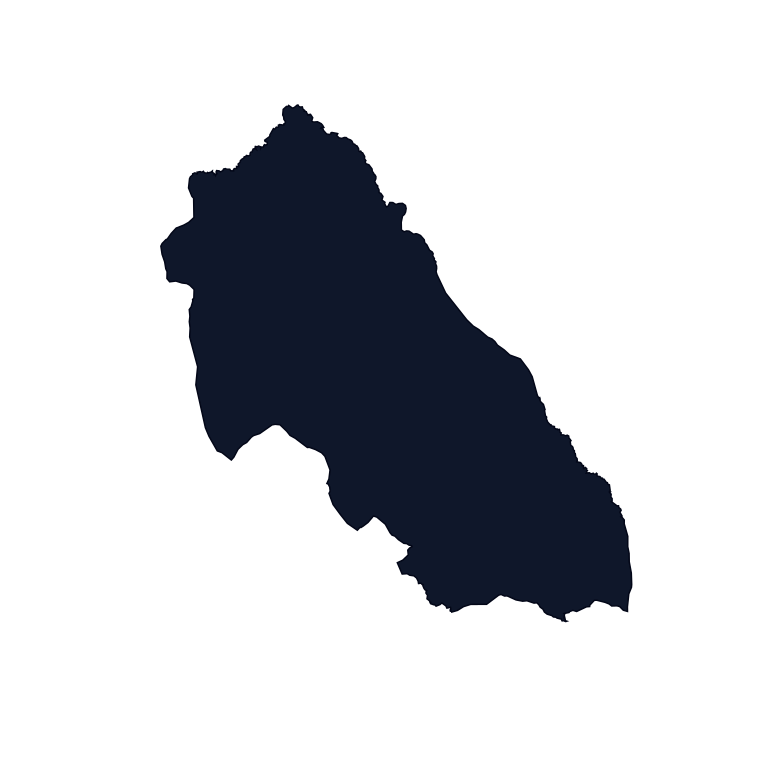 Jirapa, Upper West, Ghana (Albers equal-area conic projection), rotated 251°
{"feature_id": "2480657B21686152565613", "entity_name": "Jirapa", "entity_type": "district", "adm_level": 2, "iso_a3": "GHA", "parent_name": "Ghana", "parent_adm1": "Upper West", "projection": "albers", "projection_center": [-2.598, 10.589], "detail": "fine", "context": "isolated", "style": "filled", "palette": "ink", "viewbox_px": 768, "rotation_deg": 251, "n_neighbors": 0, "source": "geoboundaries", "source_scale": "gbopen_adm2", "svg_char_len": 6166}
<svg xmlns="http://www.w3.org/2000/svg" viewBox="0 0 768 768"><g transform="rotate(251 384 384)"><path d="M554.4,213.1L550.4,214.6L549.1,220.7L545.3,225.9L543.2,230.2L540.7,232.5L535.2,235.2L527.2,232.2L526.2,230.5L524.8,230.3L519.6,226.7L517.8,224.1L511.2,222.5L506.3,220.2L500.0,218.9L491.8,215.6L461.0,213.4L444.4,205.8L400.8,200.9L391.5,201.5L375.0,204.6L371.9,208.4L361.8,214.9L363.7,218.2L369.8,224.7L372.6,230.7L373.4,235.1L376.9,241.2L377.7,243.9L377.6,250.3L381.8,264.9L381.3,268.0L379.3,272.4L370.9,276.7L366.0,278.4L361.7,282.3L348.9,290.9L348.4,292.8L344.3,297.9L339.3,302.6L334.8,304.6L320.3,305.0L312.1,301.0L308.5,297.6L307.5,298.7L304.2,299.1L300.2,298.2L298.5,296.4L286.6,296.6L275.0,300.2L264.2,304.0L254.4,311.2L256.3,314.6L255.8,315.4L256.4,318.0L258.3,323.8L262.6,331.0L260.6,333.8L251.0,339.6L241.4,341.3L238.5,342.4L236.7,344.7L232.1,347.0L226.9,350.9L225.6,353.6L223.5,355.2L222.1,357.5L221.0,357.5L220.6,354.8L219.2,352.4L214.5,351.3L211.3,344.3L210.7,338.4L198.4,339.3L197.1,344.2L194.8,346.1L192.9,349.8L190.0,351.6L186.5,352.1L184.1,351.7L183.6,354.2L182.0,354.8L181.6,355.7L180.6,355.1L177.6,355.3L175.8,355.9L174.8,357.2L173.7,356.0L172.4,355.6L170.1,356.4L166.9,354.7L164.3,356.4L162.2,356.4L162.2,357.1L161.0,356.7L159.1,359.1L159.2,359.8L157.0,360.9L157.2,365.1L158.1,367.4L154.0,370.3L151.6,370.5L151.2,374.2L149.3,373.9L148.8,372.9L147.6,372.8L147.1,373.9L146.3,373.8L146.0,379.8L147.6,386.7L147.4,394.2L142.3,409.3L147.0,423.7L146.9,426.2L144.3,428.9L143.6,431.4L136.9,438.5L133.5,444.4L132.5,448.6L128.0,454.5L127.4,457.2L125.0,458.5L122.2,459.0L119.3,461.0L116.2,461.4L113.3,463.3L110.4,467.3L108.6,468.3L107.6,470.5L106.3,471.4L104.0,475.0L102.0,475.3L101.9,476.5L100.2,478.5L100.2,479.7L101.1,478.5L103.6,478.8L104.2,478.0L104.8,479.0L105.4,478.6L107.5,479.8L108.4,479.4L107.7,484.5L108.4,485.5L108.5,488.9L106.2,492.1L107.4,503.0L106.6,506.0L107.9,506.6L111.0,512.5L110.2,514.9L105.6,521.9L102.7,525.3L100.0,527.0L98.4,532.1L96.8,534.4L92.2,536.6L89.7,540.2L94.0,541.6L105.8,547.1L111.2,551.8L113.7,552.9L124.8,556.3L136.1,558.0L144.1,560.6L150.8,561.5L160.6,564.9L173.6,565.6L177.2,566.9L180.4,565.7L181.3,564.8L181.7,566.1L186.0,565.3L187.2,567.0L188.6,567.1L190.8,565.8L192.5,566.1L192.9,564.7L198.8,560.7L199.1,561.6L201.5,562.4L203.1,561.7L205.9,562.9L208.0,562.0L208.3,563.0L209.2,562.3L209.7,563.2L215.3,564.3L216.6,562.9L218.0,563.1L218.8,562.1L222.3,561.1L222.7,559.9L223.7,559.9L223.5,559.2L226.2,558.0L227.4,555.7L229.0,555.7L229.5,556.3L230.5,555.8L229.9,554.7L230.4,553.3L231.5,552.8L231.6,550.5L233.2,549.3L233.9,546.4L234.3,547.0L235.3,547.0L236.0,548.1L236.7,547.4L238.1,548.1L239.7,547.0L238.8,545.7L239.1,545.0L241.9,546.0L242.3,544.6L243.5,545.0L245.7,544.3L247.7,540.9L248.6,541.8L250.6,542.3L252.5,541.5L256.0,542.2L256.9,541.6L259.0,542.3L260.2,541.6L262.2,542.0L263.6,541.8L265.1,540.6L268.8,541.3L269.6,542.4L272.9,541.3L274.7,541.7L276.0,540.5L275.8,539.1L277.5,537.0L278.2,534.8L280.2,535.6L280.9,534.8L284.0,535.1L284.4,533.2L285.0,533.2L285.6,531.8L287.0,530.8L288.3,531.3L290.2,528.2L290.9,528.7L291.7,527.7L294.7,526.4L298.2,526.2L299.8,527.0L301.4,526.3L306.8,527.2L307.3,527.9L312.8,528.1L316.1,526.4L318.6,526.1L318.8,526.7L320.5,526.8L320.5,525.8L323.2,525.3L342.7,526.5L350.5,525.2L363.3,521.1L370.5,512.3L377.0,508.8L383.8,503.9L388.0,502.7L391.4,500.8L394.6,497.3L404.6,491.4L409.7,487.2L417.9,483.1L449.9,471.9L470.1,469.7L473.1,469.8L476.1,471.4L478.4,472.1L481.0,471.9L482.7,472.9L484.9,471.8L486.2,472.5L489.3,471.8L491.2,472.9L493.1,472.6L495.7,470.6L501.7,469.8L504.3,468.5L507.3,469.0L512.5,466.9L514.8,464.6L515.7,463.2L516.0,460.7L520.4,457.4L521.4,455.2L521.4,452.6L524.0,450.6L531.4,453.0L536.8,456.2L537.7,458.5L539.6,460.4L542.8,462.1L545.9,462.4L548.8,460.3L549.8,456.8L549.9,453.7L552.7,451.4L553.5,449.3L553.7,448.6L550.9,445.8L550.6,444.2L551.6,443.7L554.3,443.3L555.5,444.1L558.6,441.9L561.7,444.1L565.2,443.1L566.6,441.7L569.4,442.5L572.0,442.0L573.3,442.6L575.4,441.5L578.5,441.1L580.7,443.1L582.8,443.9L585.0,443.4L585.7,442.6L586.4,442.9L588.9,442.2L591.3,442.7L596.2,441.1L598.2,438.6L600.2,438.5L601.1,439.6L603.3,438.9L605.4,439.8L609.6,439.0L610.1,438.2L611.8,437.8L611.7,436.7L612.4,436.1L615.1,436.6L617.9,436.0L618.9,434.8L620.3,434.3L620.8,433.1L624.0,432.8L625.6,431.9L627.6,429.5L629.3,428.5L630.0,426.8L630.0,424.0L631.4,421.6L634.5,420.2L635.7,421.8L636.1,421.4L638.8,416.6L638.8,415.7L637.8,415.1L637.7,413.6L639.1,411.1L643.6,409.3L645.2,409.4L646.2,407.4L647.0,408.4L646.3,410.6L648.6,410.2L650.6,409.4L653.6,406.5L654.6,402.7L655.5,401.6L656.6,401.5L659.0,403.3L660.2,403.0L662.9,402.3L663.1,401.3L662.5,400.8L663.0,399.5L663.6,399.9L664.7,399.2L666.7,399.2L667.8,397.4L668.4,398.1L670.4,396.8L672.6,397.0L673.3,394.6L674.8,393.5L675.5,393.7L676.0,392.8L674.7,389.3L674.6,387.3L678.3,384.6L677.7,384.2L678.2,382.1L676.5,378.1L671.3,375.8L669.4,376.1L666.8,375.5L664.0,376.2L662.4,374.9L662.5,373.9L661.4,373.5L663.3,369.8L663.1,368.4L661.5,368.1L661.2,367.5L661.9,365.8L660.5,363.6L661.5,362.6L656.7,357.2L655.3,356.6L653.4,350.6L652.1,350.5L650.6,352.3L648.5,351.6L648.4,349.8L649.2,349.2L648.9,348.2L647.3,347.2L647.9,345.4L647.0,344.2L648.3,344.7L649.8,342.9L649.6,341.3L650.5,339.7L649.9,339.2L647.5,339.5L648.6,338.6L648.8,336.8L646.3,334.6L646.6,333.7L645.9,332.6L644.2,332.1L643.7,330.3L644.9,328.3L644.1,327.2L644.3,325.8L643.2,324.9L642.8,322.7L641.9,320.9L640.4,320.1L639.5,317.7L636.9,317.4L637.7,315.4L635.7,314.9L636.4,312.6L635.9,311.6L634.5,311.2L635.5,308.5L637.3,308.1L638.3,305.2L639.3,304.2L639.5,302.3L638.2,301.0L637.8,298.4L639.2,297.5L640.3,295.2L639.1,294.2L637.2,294.6L636.7,293.8L637.1,293.3L636.1,292.6L637.4,292.4L637.3,291.6L638.4,291.9L640.0,290.6L641.3,291.1L640.7,289.4L640.8,286.6L641.5,286.0L640.9,285.3L642.2,282.9L643.9,282.5L643.5,280.7L644.7,279.3L645.1,276.2L643.9,276.2L643.4,275.6L645.2,274.0L645.0,271.5L643.8,271.0L643.0,268.5L641.5,267.0L633.0,263.0L623.9,263.5L621.7,264.5L603.3,258.5L600.4,251.9L599.4,246.1L599.1,238.3L595.6,231.8L591.6,226.3L591.5,224.8L589.1,220.0L587.0,217.9L578.9,216.4L570.9,216.4L564.0,215.2L560.9,215.5L554.4,213.1Z" fill="#0f172a" stroke="#020617" stroke-width="1.5"/></g></svg>